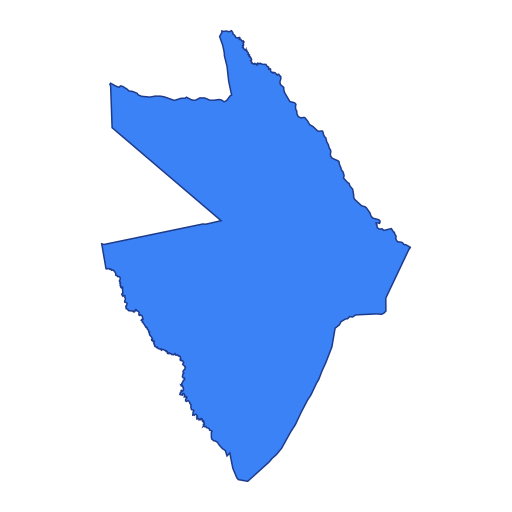 Sioma, Western, Zambia
{"feature_id": "96606910B11966717412590", "entity_name": "Sioma", "entity_type": "district", "adm_level": 2, "iso_a3": "ZMB", "parent_name": "Zambia", "parent_adm1": "Western", "projection": "natural_earth1", "projection_center": [23.042, -16.752], "detail": "fine", "context": "isolated", "style": "filled", "palette": "blue", "viewbox_px": 512, "rotation_deg": 0, "n_neighbors": 0, "source": "geoboundaries", "source_scale": "gbopen_adm2", "svg_char_len": 6003}
<svg xmlns="http://www.w3.org/2000/svg" viewBox="0 0 512 512"><path d="M221.8,31.0L221.9,32.3L219.6,36.5L222.8,45.6L224.2,52.3L224.4,55.8L227.0,66.3L228.7,81.3L231.6,95.1L230.2,95.8L226.8,100.3L224.8,101.6L223.8,101.6L221.5,100.0L219.2,99.5L214.2,100.2L209.9,100.2L204.8,98.0L199.9,97.9L195.5,100.2L193.3,100.2L190.8,99.5L186.5,97.2L185.1,98.2L181.1,98.3L174.3,100.4L164.4,96.9L160.8,96.2L155.3,96.1L149.9,97.1L141.6,96.3L138.2,94.9L137.1,93.3L132.5,91.4L128.9,91.0L127.4,89.4L122.7,86.4L120.4,85.9L119.4,87.3L116.0,86.2L110.6,83.2L109.9,84.3L110.6,86.1L110.7,87.9L112.1,127.7L221.1,220.7L205.8,224.2L202.8,224.0L103.9,244.5L101.7,243.8L106.0,268.7L106.9,269.0L108.3,268.5L109.3,268.8L109.7,269.3L110.7,268.9L111.4,270.2L113.4,270.1L115.5,272.8L115.9,275.4L117.3,275.8L117.7,276.6L119.5,276.7L120.2,278.0L120.2,279.2L119.4,280.9L119.6,281.7L120.4,282.1L120.0,283.3L120.4,283.7L120.1,284.0L120.4,284.8L120.2,285.6L120.8,286.1L120.9,286.6L120.6,286.9L121.0,287.5L121.6,288.0L122.1,287.0L122.7,287.4L122.5,288.8L122.8,293.0L122.7,293.5L121.9,293.8L121.9,294.8L123.0,296.3L123.9,295.4L125.0,295.9L124.8,297.4L125.3,298.3L125.3,299.7L124.6,301.2L124.8,302.2L126.5,302.6L127.1,303.5L126.4,306.0L125.8,306.2L126.2,308.7L127.5,309.1L128.5,310.6L132.1,311.0L133.3,311.2L133.4,311.8L134.0,312.0L134.7,311.6L135.5,309.6L136.3,309.8L136.1,310.6L137.5,310.9L139.2,312.4L138.8,314.6L139.1,315.1L139.9,315.5L140.7,314.9L142.0,315.7L143.1,319.1L141.6,319.5L141.2,320.4L142.5,321.1L142.4,322.1L143.0,322.2L143.5,323.6L144.0,323.9L145.8,327.1L146.3,327.0L146.5,327.8L147.3,328.0L147.4,329.2L148.4,330.1L148.7,331.9L149.5,332.0L149.3,333.8L149.8,334.4L149.7,335.0L151.5,337.0L152.5,339.0L152.5,339.5L151.6,339.5L151.8,340.5L152.7,340.8L153.1,341.5L153.9,341.0L154.3,341.3L153.8,343.8L154.6,344.5L154.5,345.5L154.9,346.4L156.2,346.9L156.6,347.6L157.4,347.3L158.2,348.6L160.1,349.1L161.0,348.8L161.4,350.2L162.9,349.4L165.0,350.3L165.4,350.9L166.3,350.8L166.4,351.5L167.2,351.6L167.2,352.3L167.5,352.2L168.0,352.6L167.7,353.4L167.9,353.6L169.1,353.6L169.6,353.0L170.0,353.6L171.1,353.8L172.0,354.7L172.7,354.4L173.8,354.8L175.0,353.6L175.9,355.2L177.0,354.9L177.8,355.4L177.9,355.2L178.8,356.2L179.8,356.1L180.2,356.5L180.6,358.5L180.2,358.9L180.2,360.0L180.5,360.4L181.1,360.0L181.6,360.8L182.7,360.8L183.7,362.7L183.0,363.4L182.7,364.4L185.4,366.9L185.0,367.6L184.9,369.5L184.1,369.8L183.1,371.1L183.1,372.3L183.8,372.8L183.8,373.2L182.9,374.1L182.4,376.7L183.3,378.0L184.5,378.0L184.6,379.6L183.2,380.5L183.2,381.1L181.8,383.5L181.6,385.0L180.8,384.8L181.4,386.0L182.4,385.7L183.2,387.4L183.0,387.8L183.5,388.4L183.5,389.5L182.8,390.9L182.1,391.3L181.7,390.4L181.2,390.4L181.1,391.8L180.3,392.7L179.9,394.5L182.4,395.1L182.7,393.6L183.8,393.5L184.5,394.7L184.3,395.5L184.8,396.1L184.3,396.9L185.5,397.0L186.1,396.5L186.7,396.9L186.5,397.5L186.8,398.0L185.6,399.3L185.6,400.9L186.5,401.4L188.0,400.6L189.0,401.3L189.7,402.4L189.9,403.5L190.9,404.5L190.9,407.5L191.5,409.6L193.4,410.1L193.8,410.7L193.1,412.0L192.8,415.1L193.7,414.8L194.2,415.3L195.1,414.4L196.0,414.3L197.4,416.1L196.6,417.0L197.3,417.9L196.8,418.7L197.0,419.1L198.1,418.4L198.8,418.8L199.1,419.9L200.0,419.3L200.7,419.7L201.2,418.5L202.1,418.9L202.5,421.2L202.8,421.4L203.3,420.8L203.8,421.0L203.6,422.7L204.4,423.3L204.3,424.4L203.4,424.5L203.6,425.7L203.3,426.3L203.6,426.1L204.6,426.7L205.7,426.4L206.5,427.6L207.7,427.8L209.3,428.9L209.7,430.3L211.5,430.7L212.0,431.3L211.3,432.7L211.4,437.7L211.9,439.2L213.8,440.8L215.2,440.9L217.4,442.3L219.2,445.0L222.4,448.6L225.3,450.5L227.0,455.9L229.8,453.0L232.8,468.2L236.8,477.8L238.3,479.6L247.7,481.3L269.2,461.9L272.2,458.3L276.4,454.6L281.6,448.3L290.9,431.5L295.4,424.6L300.9,412.8L307.7,399.8L310.9,395.0L316.5,383.2L318.8,379.3L322.1,370.7L325.7,362.9L331.9,346.9L335.1,328.2L339.3,324.9L341.0,321.7L345.4,319.0L347.6,318.7L349.7,316.6L352.6,317.0L355.7,314.9L376.6,313.9L381.7,314.3L384.0,313.0L385.9,311.1L385.8,298.1L409.7,247.7L409.9,248.1L410.3,247.3L407.1,245.4L405.3,244.6L404.1,244.7L402.6,242.8L401.7,242.3L397.5,241.7L396.0,239.4L395.8,238.3L396.1,236.3L394.5,233.4L394.4,232.3L393.4,231.9L391.4,228.6L383.8,230.4L382.1,228.8L379.3,229.1L377.5,227.8L377.1,227.4L377.0,224.9L376.4,224.5L376.1,222.9L377.1,222.8L379.5,223.4L380.1,221.9L379.8,220.6L378.7,219.7L372.8,218.1L371.0,216.0L369.9,212.8L366.2,207.6L364.9,206.7L361.6,205.8L354.8,199.5L353.8,197.8L353.6,194.5L352.7,189.3L350.0,186.1L349.0,183.3L347.5,182.5L343.5,178.0L344.1,175.8L343.7,174.0L342.8,171.5L341.3,169.8L340.9,167.8L339.3,163.9L339.0,161.6L338.2,160.9L332.3,158.3L330.6,156.2L330.4,154.0L330.8,151.6L330.6,150.2L329.2,147.9L328.3,144.6L326.8,142.0L325.8,137.9L324.6,136.7L323.5,134.5L322.8,131.4L321.9,130.9L319.1,131.3L317.5,130.9L313.1,126.6L309.6,124.6L307.9,121.5L305.1,117.9L304.0,117.4L300.9,117.9L298.3,116.6L296.9,113.8L296.7,110.9L295.7,109.3L295.5,106.5L295.9,104.6L295.7,104.0L294.9,103.1L293.6,102.5L289.9,101.6L284.7,92.8L283.8,89.9L283.7,87.4L280.4,84.5L279.9,81.9L280.8,78.9L280.8,76.6L280.1,75.9L279.7,76.0L278.9,74.4L278.1,74.2L277.2,75.1L275.0,72.7L273.8,72.5L273.6,72.8L273.0,72.3L272.6,72.8L271.1,71.9L270.6,70.8L270.5,69.0L269.6,68.6L268.7,69.1L268.5,67.0L267.0,66.3L265.9,64.4L262.3,64.3L260.4,63.3L260.0,63.8L258.9,63.4L257.8,64.1L257.6,63.3L256.6,64.0L256.7,64.8L254.8,63.4L254.4,63.4L254.2,64.1L253.4,64.1L252.1,62.9L251.6,63.0L251.6,61.8L250.6,60.6L251.4,60.2L251.6,59.3L250.5,57.2L250.1,57.4L249.6,56.9L249.7,56.2L249.0,56.1L249.3,54.8L248.5,54.8L248.0,54.3L248.4,53.7L248.3,53.0L247.9,52.4L246.8,51.6L247.0,51.0L246.8,50.3L245.9,49.9L245.9,49.6L245.6,50.1L245.4,49.8L244.4,49.7L243.7,48.3L242.7,47.7L243.2,47.3L242.9,46.5L243.3,45.8L242.9,45.6L243.5,45.3L243.6,44.6L243.0,43.6L243.9,42.3L243.9,41.9L243.0,41.6L243.1,41.3L243.5,41.5L243.3,40.9L241.7,41.0L240.8,39.3L239.4,39.4L239.4,38.7L239.8,38.8L239.8,37.7L239.5,37.4L237.6,37.9L235.9,37.5L234.7,35.3L233.1,34.1L232.7,32.4L231.5,30.7L228.9,31.8L226.5,31.0L223.9,31.4L221.8,31.0Z" fill="#3b82f6" stroke="#1e3a8a" stroke-width="1.5"/></svg>